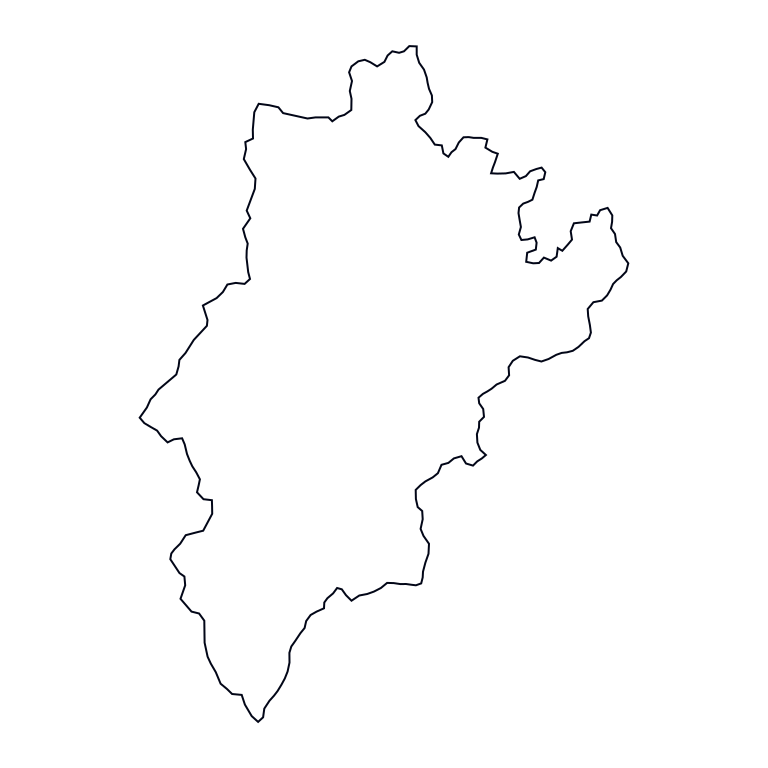 outline of Poços de Caldas, Minas Gerais, Brazil
{"feature_id": "56859067B58227572587527", "entity_name": "Poços de Caldas", "entity_type": "district", "adm_level": 2, "iso_a3": "BRA", "parent_name": "Brazil", "parent_adm1": "Minas Gerais", "projection": "robinson", "projection_center": [-46.542, -21.82], "detail": "fine", "context": "isolated", "style": "outline", "palette": "ink", "viewbox_px": 768, "rotation_deg": 0, "n_neighbors": 0, "source": "geoboundaries", "source_scale": "gbopen_adm2", "svg_char_len": 3668}
<svg xmlns="http://www.w3.org/2000/svg" viewBox="0 0 768 768"><path d="M351.5,600.7L359.3,595.5L367.2,594.0L373.9,591.6L380.9,588.0L387.1,582.9L393.8,583.1L400.5,584.1L406.0,584.0L411.0,584.7L415.9,585.3L421.2,583.4L422.7,577.4L423.0,571.7L425.4,562.6L428.5,553.8L429.0,543.8L423.5,535.9L420.6,528.9L422.7,519.2L422.2,511.0L417.7,507.1L415.9,499.0L415.7,489.9L420.6,485.1L425.4,481.4L432.7,477.4L437.9,473.2L441.5,464.8L448.4,462.9L453.9,458.4L461.5,456.2L466.0,463.5L473.0,465.6L477.2,461.4L481.9,458.4L485.9,455.0L480.3,449.9L477.4,442.6L476.9,434.1L479.0,427.7L479.2,421.7L484.0,416.9L483.2,409.0L479.2,403.3L478.5,397.7L482.9,393.9L487.4,391.4L491.6,388.7L496.6,384.5L505.0,380.8L509.1,375.3L508.6,367.2L512.8,360.8L519.9,356.3L528.0,357.5L535.1,359.9L541.4,361.5L548.6,359.0L556.3,354.8L561.7,352.9L567.0,352.3L572.8,350.8L578.5,346.9L584.5,341.2L589.0,338.2L590.9,332.6L589.9,325.1L588.2,316.3L587.7,309.0L593.4,302.2L601.9,300.6L607.1,295.4L610.5,289.7L613.1,284.0L616.7,280.3L620.9,277.0L626.2,271.5L628.3,263.3L622.7,255.8L620.2,247.5L616.2,242.1L615.0,234.0L611.0,228.2L612.1,221.8L612.3,215.4L607.6,207.9L600.1,210.2L597.1,215.5L591.3,214.6L589.6,221.6L582.0,222.4L573.9,223.3L570.7,231.2L572.0,239.6L567.8,244.6L562.3,250.8L557.8,248.1L556.6,256.7L551.1,260.6L543.9,257.6L539.0,263.0L533.2,263.3L526.2,261.8L527.2,252.7L535.8,249.6L536.6,242.7L534.6,237.3L527.7,239.4L521.4,240.0L518.8,234.5L520.9,227.0L519.6,219.7L518.5,213.1L519.1,207.5L523.2,203.6L527.9,201.9L532.4,199.7L534.6,192.8L536.7,187.0L538.2,180.4L543.7,179.1L545.3,172.2L541.6,167.6L536.4,169.0L530.1,171.3L525.9,176.1L519.7,178.8L513.9,171.9L505.7,173.4L497.3,173.6L491.1,173.3L492.9,167.6L495.0,162.1L497.8,153.7L492.3,151.8L485.4,147.6L487.4,139.4L481.4,137.9L473.8,137.9L468.7,137.1L463.5,137.3L458.8,142.5L455.5,149.1L451.5,152.2L448.3,156.8L443.4,153.4L441.8,145.4L434.8,144.6L430.3,137.9L425.3,132.2L418.5,126.1L415.4,120.1L419.9,115.8L425.3,113.7L428.7,109.5L432.2,102.1L431.9,95.5L429.0,88.8L427.6,82.8L426.7,77.4L424.0,69.6L419.2,62.8L416.7,54.7L416.7,46.4L409.3,46.1L404.0,51.3L399.1,52.8L392.3,51.3L387.6,55.5L384.4,61.9L377.1,66.4L370.3,62.2L364.8,59.8L358.3,61.3L351.5,66.4L349.1,72.3L352.0,81.0L349.8,91.0L351.5,98.8L351.3,110.0L344.4,114.9L338.8,116.6L332.3,121.3L328.4,117.4L321.7,117.4L315.5,117.4L307.5,118.5L283.1,113.1L278.4,107.3L269.2,105.2L258.7,103.8L254.3,112.2L252.8,129.7L253.0,138.5L245.3,142.1L246.1,149.1L243.8,159.1L250.0,169.8L255.5,178.5L254.8,188.9L246.7,210.6L250.3,218.3L243.0,228.8L245.3,237.3L247.7,243.6L246.7,250.4L246.5,257.6L248.2,272.1L250.0,279.0L244.6,283.9L235.7,282.9L227.4,284.5L222.9,292.0L216.6,298.1L202.9,305.5L207.5,320.0L206.9,325.8L193.8,339.9L185.5,353.0L179.4,359.9L178.6,366.4L176.3,374.5L158.5,389.6L155.4,394.4L150.6,399.3L146.9,407.5L139.7,417.7L144.4,423.2L150.6,426.9L157.1,430.6L161.1,436.2L167.6,442.4L173.9,439.3L182.1,438.3L184.7,444.4L187.0,454.0L189.7,460.8L192.3,466.3L196.2,472.3L199.9,479.3L198.7,485.1L197.0,492.3L203.5,499.2L211.9,500.2L212.1,506.8L212.2,513.8L203.2,530.7L196.0,532.5L185.7,535.2L180.2,543.7L174.5,549.3L171.3,553.5L170.3,559.2L179.5,573.1L184.4,576.5L185.2,585.3L180.5,598.8L191.5,611.6L199.1,613.5L204.3,620.7L204.6,642.7L207.6,656.7L210.8,663.6L215.8,672.2L220.6,683.7L227.1,689.1L232.1,694.0L241.7,694.9L244.9,704.6L251.7,716.1L258.1,721.9L263.1,717.3L264.3,708.6L269.5,700.7L274.0,695.7L277.6,691.0L281.5,684.6L284.8,678.5L287.6,671.5L289.5,662.6L289.4,652.8L291.3,646.5L295.2,641.0L300.4,633.2L304.6,628.0L306.2,621.0L310.6,615.0L316.6,611.6L324.0,608.3L324.3,602.5L327.4,598.2L333.1,593.4L337.1,588.0L341.8,589.3L346.0,595.2L351.5,600.7Z" fill="none" stroke="#020617" stroke-width="2"/></svg>